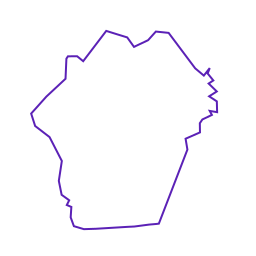 Wayne, Kentucky, United States of America, rotated 351°
{"feature_id": "52423323B81930559101478", "entity_name": "Wayne", "entity_type": "district", "adm_level": 2, "iso_a3": "USA", "parent_name": "United States of America", "parent_adm1": "Kentucky", "projection": "equal_earth", "projection_center": [-84.809, 36.8], "detail": "fine", "context": "isolated", "style": "outline", "palette": "violet", "viewbox_px": 256, "rotation_deg": 351, "n_neighbors": 0, "source": "geoboundaries", "source_scale": "gbopen_adm2", "svg_char_len": 713}
<svg xmlns="http://www.w3.org/2000/svg" viewBox="0 0 256 256"><g transform="rotate(351 128 128)"><path d="M34.6,98.6L36.6,111.5L49.1,124.7L57.5,150.2L51.4,169.4L52.0,183.6L58.6,190.2L55.5,194.5L59.7,197.1L57.4,207.3L59.2,216.5L68.6,221.0L80.4,222.5L112.5,225.6L118.8,226.3L133.8,226.7L140.8,227.2L143.5,227.3L183.3,158.6L183.2,147.6L198.4,143.6L199.7,134.5L202.8,131.2L212.9,128.2L211.4,123.9L218.5,126.3L219.9,115.6L213.1,109.4L221.4,105.8L214.6,96.7L219.7,94.4L215.2,86.6L218.1,81.6L211.1,88.1L203.7,79.6L183.0,40.4L170.6,37.1L161.6,44.4L146.6,48.8L141.4,38.4L132.0,33.8L121.7,28.7L94.2,55.0L89.0,49.2L79.9,47.8L78.0,49.9L74.0,69.6L52.3,84.2L34.6,98.6Z" fill="none" stroke="#5b21b6" stroke-width="2"/></g></svg>